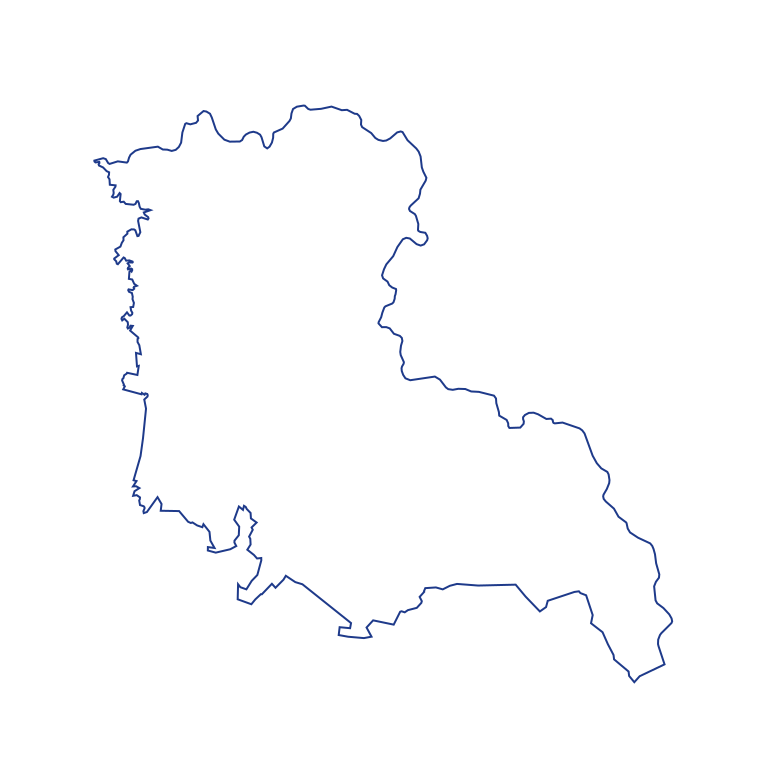 the district of Skaņkalnes pag., Mazsalacas, Latvia, rotated 6°
{"feature_id": "27541924B43607455964711", "entity_name": "Skaņkalnes pag.", "entity_type": "district", "adm_level": 2, "iso_a3": "LVA", "parent_name": "Latvia", "parent_adm1": "Mazsalacas", "projection": "albers", "projection_center": [24.962, 57.86], "detail": "fine", "context": "isolated", "style": "outline", "palette": "blue", "viewbox_px": 768, "rotation_deg": 6, "n_neighbors": 0, "source": "geoboundaries", "source_scale": "gbopen_adm2", "svg_char_len": 6137}
<svg xmlns="http://www.w3.org/2000/svg" viewBox="0 0 768 768"><g transform="rotate(6 384 384)"><path d="M616.9,477.7L614.5,475.3L613.7,472.8L613.9,471.1L616.6,465.1L618.3,459.1L618.3,456.0L616.8,450.4L615.3,448.1L608.9,445.2L603.9,440.5L599.0,433.5L588.6,412.2L586.0,409.4L583.1,407.7L565.6,403.7L558.0,405.3L556.7,405.0L556.0,404.0L555.6,402.3L553.7,401.0L549.1,401.8L540.4,398.0L535.8,396.9L531.1,397.6L527.4,400.1L525.8,402.5L526.0,404.4L527.0,406.5L527.0,409.0L524.1,413.1L513.3,414.6L512.0,412.9L511.6,410.1L509.7,406.9L501.9,403.4L501.2,399.9L497.7,391.3L496.9,386.7L494.6,384.1L479.2,381.9L471.5,382.3L465.4,380.5L458.4,381.0L453.0,382.6L448.4,382.4L445.9,380.9L439.2,373.8L433.8,371.3L409.7,377.5L404.7,376.1L402.1,372.9L400.3,369.2L399.8,366.5L400.1,364.7L401.4,361.8L401.5,360.2L397.6,353.5L396.8,350.4L396.9,344.1L397.8,339.3L396.9,336.3L394.7,334.5L388.6,333.0L383.9,328.1L380.4,327.2L376.0,327.7L372.2,324.3L372.2,323.1L374.2,317.9L374.9,313.3L376.3,307.9L377.3,306.6L383.8,303.1L384.9,301.7L385.7,298.1L385.6,295.5L386.1,293.5L386.3,289.4L386.0,288.3L382.1,287.2L378.9,285.2L376.8,281.8L372.1,279.1L370.7,276.1L372.0,269.9L373.8,264.8L379.8,255.9L383.0,246.4L387.6,238.1L390.8,236.3L394.5,236.6L401.8,241.5L406.0,242.5L409.3,240.9L411.9,236.5L412.2,234.5L411.4,232.2L409.3,229.3L404.2,229.0L402.3,228.2L401.7,227.3L401.4,221.3L398.2,213.5L396.9,211.8L391.7,209.2L390.6,207.3L390.8,205.7L391.9,203.8L399.0,195.7L399.9,191.0L399.9,186.9L404.2,177.4L404.6,174.5L400.9,168.7L399.0,164.7L396.6,153.9L394.2,149.3L391.5,146.4L381.9,139.1L376.1,131.5L374.2,131.1L370.8,132.4L364.5,139.1L360.8,141.6L357.6,142.4L352.9,141.8L349.6,140.2L345.1,135.8L335.4,130.8L334.0,128.4L333.8,123.8L331.3,120.0L329.0,118.2L326.6,118.3L318.6,115.2L313.4,116.1L302.8,113.6L292.7,116.9L282.2,118.9L279.9,118.4L276.2,115.5L274.9,115.5L268.4,117.3L264.8,120.0L263.7,124.6L263.6,129.6L262.5,132.3L256.5,140.6L248.2,145.4L247.7,146.8L248.0,150.7L247.3,155.6L245.4,159.9L243.2,161.9L240.1,160.2L236.4,151.4L234.7,149.0L231.4,147.4L227.7,146.8L224.0,148.0L220.6,150.3L218.7,152.7L217.4,156.2L215.3,157.9L205.3,159.1L199.7,157.7L193.0,152.3L190.1,148.4L184.9,137.0L182.7,133.4L178.9,131.6L176.0,131.4L170.6,137.0L171.5,141.4L169.8,143.9L164.2,146.0L160.2,145.3L159.1,146.1L157.2,154.9L157.0,165.2L155.2,169.7L152.4,172.9L148.5,174.4L144.0,173.6L139.5,173.9L134.3,171.6L117.2,175.8L112.4,178.0L108.0,182.4L106.8,185.5L106.1,189.4L105.1,190.7L96.0,190.4L88.1,193.8L86.6,193.1L83.8,189.4L81.1,188.8L72.6,192.1L72.8,193.0L73.9,193.8L77.6,192.9L77.9,193.9L77.2,195.4L77.7,196.5L82.0,198.0L85.9,201.3L88.5,202.2L88.6,204.7L87.9,207.0L89.6,209.1L90.5,214.5L96.3,214.5L96.3,215.8L94.5,219.2L95.2,222.3L95.0,224.0L93.9,226.2L95.7,226.9L99.0,225.6L101.1,221.7L102.2,222.6L102.2,229.7L103.2,230.7L106.1,229.9L108.3,231.9L116.3,231.9L118.0,230.9L119.0,228.1L120.2,227.9L121.3,229.7L122.4,233.2L123.8,235.2L128.4,235.6L131.3,234.9L133.7,235.5L127.2,238.5L128.3,240.5L132.0,242.7L132.5,244.0L131.9,245.1L125.3,243.7L122.6,245.2L122.4,247.5L125.8,258.5L124.4,262.4L123.3,262.7L120.6,257.1L119.2,256.4L116.6,256.6L112.8,259.3L113.1,261.3L109.5,265.3L109.9,268.3L108.5,271.0L107.5,274.9L102.7,278.3L103.1,280.0L106.7,283.6L102.6,287.4L102.7,288.2L104.8,289.9L105.7,292.3L106.8,292.7L111.8,285.4L112.9,285.8L114.7,288.3L117.8,287.7L121.1,288.5L121.4,289.0L121.1,289.5L117.8,289.7L116.4,290.8L118.8,293.3L117.3,295.1L117.1,296.2L117.5,296.8L120.3,295.6L121.5,296.1L121.7,297.3L121.2,298.6L120.1,297.7L119.1,299.0L119.3,306.1L122.7,306.4L125.1,310.5L128.0,312.1L125.2,313.5L124.9,314.3L125.6,315.4L124.2,316.9L120.1,316.6L119.8,317.4L120.7,318.9L123.8,319.9L125.0,323.5L125.0,325.9L126.8,329.5L126.5,333.6L123.9,334.1L124.8,337.4L126.3,339.5L126.2,340.9L124.8,342.4L123.6,342.5L120.9,339.6L118.2,343.6L116.4,345.1L116.1,346.7L117.0,348.1L118.9,346.2L122.7,349.3L123.2,351.8L122.8,354.6L123.5,355.6L124.9,354.7L125.8,352.5L128.1,352.5L125.9,357.4L134.7,363.4L134.9,364.3L134.2,365.0L134.5,368.0L136.6,371.0L139.1,379.8L134.1,379.0L136.5,392.3L138.2,391.6L137.8,400.8L127.3,399.7L127.0,400.6L124.7,402.5L124.2,405.5L123.3,406.5L123.2,407.9L125.4,411.8L125.2,412.5L126.5,413.4L125.2,416.6L143.9,419.6L144.1,418.2L147.0,419.7L147.6,418.3L149.6,418.7L150.2,419.8L150.1,421.2L147.2,424.5L149.9,433.4L150.0,463.0L149.4,481.1L145.0,505.9L148.0,506.4L145.1,512.1L148.2,511.6L151.6,513.1L147.1,516.7L146.2,521.4L149.7,520.4L153.2,522.3L153.2,524.1L152.7,525.4L154.0,529.9L157.8,530.7L158.7,531.7L158.9,532.6L158.0,535.6L158.6,537.5L161.6,536.1L170.6,520.2L175.3,526.6L175.2,533.4L193.5,531.8L203.6,541.5L206.4,542.4L208.0,541.7L213.0,544.2L218.3,545.4L219.1,542.3L225.9,549.3L227.7,557.9L232.6,564.8L225.9,564.6L226.2,568.0L234.3,569.3L248.4,564.4L254.0,560.6L251.8,557.3L251.7,555.4L255.4,549.6L254.9,541.0L249.2,534.6L252.5,521.0L256.9,523.9L257.5,519.8L259.3,520.7L260.6,522.7L264.8,526.2L265.7,531.6L271.8,535.1L267.3,540.5L268.7,542.7L265.8,549.9L267.2,551.9L268.1,557.6L265.4,563.1L272.5,567.6L276.0,570.8L280.1,569.9L280.4,572.2L278.0,587.2L273.0,593.6L268.6,602.6L262.4,601.1L259.8,598.4L261.0,613.4L275.1,616.9L278.5,611.7L283.5,605.9L284.5,605.9L293.4,594.4L297.4,598.0L304.5,589.1L306.4,585.0L316.5,590.3L323.8,591.7L376.2,625.2L375.8,630.4L365.3,630.5L365.2,638.4L374.8,639.1L390.6,638.8L398.0,636.6L392.1,628.0L397.9,620.2L418.8,622.3L423.9,608.8L425.2,608.2L428.5,608.9L431.4,606.4L440.0,603.2L444.0,597.8L444.3,596.0L441.7,592.0L445.7,586.5L445.4,586.0L446.4,582.7L456.9,580.9L463.9,582.1L470.6,577.8L477.5,575.2L498.7,574.6L535.9,569.8L547.0,580.6L562.8,593.9L568.5,588.9L569.5,582.5L595.1,570.9L599.5,569.8L601.2,571.4L607.1,573.0L615.7,592.0L614.9,600.3L627.3,608.0L633.8,619.3L640.6,629.5L641.6,633.8L657.3,644.4L658.3,648.7L664.1,654.4L668.8,647.9L692.3,633.5L684.5,616.2L683.7,614.0L683.4,609.6L684.7,604.8L685.8,602.9L694.9,591.7L695.4,589.9L694.5,587.1L691.8,583.3L685.3,577.6L678.6,573.6L676.7,570.8L673.8,557.0L675.1,552.3L677.7,547.9L677.7,544.6L673.4,533.9L671.3,525.0L669.3,519.9L667.7,517.0L665.4,514.7L652.7,510.3L644.2,505.9L641.5,502.3L639.8,497.1L639.2,496.3L631.1,491.5L625.7,483.9L616.9,477.7Z" fill="none" stroke="#1e3a8a" stroke-width="2"/></g></svg>